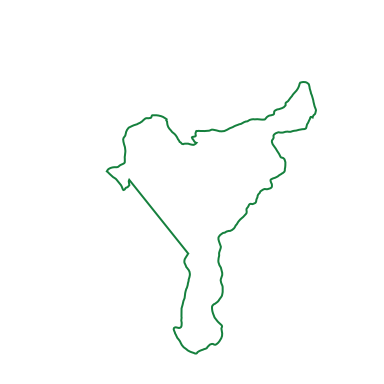 Melgaço, Pará, Brazil, rotated 294°
{"feature_id": "56859067B49216481916383", "entity_name": "Melgaço", "entity_type": "district", "adm_level": 2, "iso_a3": "BRA", "parent_name": "Brazil", "parent_adm1": "Pará", "projection": "natural_earth1", "projection_center": [-51.032, -1.536], "detail": "fine", "context": "isolated", "style": "outline", "palette": "green", "viewbox_px": 384, "rotation_deg": 294, "n_neighbors": 0, "source": "geoboundaries", "source_scale": "gbopen_adm2", "svg_char_len": 6084}
<svg xmlns="http://www.w3.org/2000/svg" viewBox="0 0 384 384"><g transform="rotate(294 192 192)"><path d="M335.9,246.4L334.5,246.3L332.9,246.6L330.8,246.7L329.3,246.6L327.1,246.2L322.9,244.8L321.7,244.5L320.2,244.3L317.9,243.6L314.1,242.8L311.9,241.5L311.3,241.4L310.3,241.7L309.5,242.2L309.0,242.2L306.8,241.4L305.2,240.1L303.0,237.7L302.3,236.6L301.7,235.9L301.1,235.5L300.6,235.0L299.6,234.5L298.9,234.4L296.9,235.1L296.3,235.1L295.5,234.6L295.1,234.0L294.5,233.4L294.1,232.8L293.2,231.5L292.2,230.7L290.8,229.9L288.3,229.2L287.8,228.9L287.3,228.0L287.1,227.5L286.7,226.8L285.1,222.1L283.8,219.6L283.4,218.3L282.4,216.7L281.2,215.3L279.4,214.1L278.9,213.6L278.3,212.5L277.0,211.2L274.2,209.1L273.8,208.6L273.0,207.5L272.6,207.2L270.2,204.7L268.9,203.6L267.9,202.9L265.5,200.5L263.3,198.9L260.8,196.7L259.5,194.4L258.9,193.0L258.7,192.4L258.2,189.2L257.4,185.6L257.0,184.7L256.6,184.3L255.3,183.1L254.9,182.6L254.0,180.9L252.8,178.7L251.1,174.7L250.4,172.9L249.9,172.2L249.7,171.5L249.3,171.1L247.1,171.3L246.5,171.6L244.9,172.6L244.0,172.2L243.6,171.6L243.1,171.0L242.5,170.0L241.9,169.7L241.1,170.4L240.6,171.1L240.5,171.7L240.1,172.1L239.2,173.4L238.7,174.6L238.6,175.3L238.7,176.1L237.8,175.8L237.1,175.4L235.9,174.5L235.6,174.0L235.2,172.8L234.8,170.8L234.6,168.9L234.3,168.2L233.7,166.8L233.1,165.6L232.7,165.0L232.2,164.6L232.0,164.0L231.9,163.4L232.1,162.7L232.4,162.1L232.7,161.3L232.7,160.4L233.7,159.2L234.6,157.6L236.0,156.0L236.3,155.4L236.6,155.0L237.0,154.4L237.6,153.2L238.0,152.2L238.7,149.5L239.0,148.9L239.7,147.6L240.6,145.6L241.6,144.0L243.1,142.5L243.9,141.9L245.2,141.1L246.3,140.5L246.9,139.4L248.1,139.3L248.4,137.9L248.8,135.0L248.7,132.9L248.2,130.2L247.6,128.2L246.2,125.0L245.9,124.5L245.4,124.3L243.5,124.4L243.0,124.2L242.6,123.7L242.3,123.2L241.6,122.1L241.1,120.7L240.3,119.6L239.8,119.3L238.0,118.4L235.8,117.5L235.3,117.1L234.1,116.4L232.6,115.0L232.1,114.7L231.5,114.2L229.4,111.8L228.1,110.6L225.0,108.0L222.4,107.4L221.1,107.4L219.8,107.4L219.2,107.6L216.4,108.1L215.8,108.0L213.7,107.5L212.1,107.7L209.9,109.0L209.3,109.5L208.1,110.4L205.7,112.5L203.7,113.7L202.3,114.5L200.9,115.0L197.7,116.0L196.6,116.3L194.8,117.2L192.8,118.1L191.8,118.5L190.8,118.4L189.3,117.3L188.6,116.6L187.3,115.5L186.4,115.0L185.1,114.4L184.4,113.7L183.8,112.7L183.0,110.8L182.0,109.2L180.8,107.8L179.7,106.9L178.8,106.3L177.8,106.0L176.2,105.8L176.0,106.8L175.0,109.4L173.6,113.6L173.4,114.4L173.4,115.0L173.0,117.1L172.6,118.0L169.3,124.5L168.1,125.9L166.7,127.3L166.3,127.8L165.9,128.5L166.6,129.3L167.1,129.5L168.7,129.8L169.2,130.1L169.7,130.7L170.5,131.3L172.7,132.0L176.0,129.9L176.9,129.7L177.6,129.7L134.2,213.6L133.5,213.4L132.8,213.4L129.6,212.9L127.5,212.7L126.2,213.0L124.9,213.5L124.1,214.1L123.1,215.3L121.8,216.7L121.2,217.2L120.7,218.3L120.4,218.8L119.3,220.8L118.6,221.6L118.2,222.1L116.6,223.2L115.4,223.8L113.2,224.3L110.6,224.6L109.6,225.0L108.5,225.2L107.0,225.4L105.3,225.9L102.5,226.3L101.2,226.2L98.9,226.5L96.9,226.9L94.7,227.6L92.0,228.4L89.0,228.5L85.0,229.3L81.4,229.8L73.8,233.1L73.0,233.6L70.2,234.5L68.3,235.8L66.0,236.7L65.1,236.9L64.2,236.9L63.4,236.5L62.7,235.8L62.4,235.2L61.8,232.2L61.2,231.4L60.4,230.9L59.5,231.0L59.0,231.2L58.1,232.0L56.5,233.7L56.0,234.0L54.9,235.5L54.2,236.2L53.6,237.0L52.9,237.7L51.9,239.7L51.0,241.3L50.5,242.0L49.6,243.0L48.1,244.9L46.8,247.5L46.0,251.2L45.6,252.3L45.4,254.5L45.4,256.2L45.7,259.2L45.7,260.6L46.2,261.6L46.7,262.0L47.9,262.2L49.7,263.4L51.4,265.0L52.3,266.0L53.4,267.0L54.3,268.1L55.2,268.9L56.2,269.2L56.8,269.2L59.8,270.4L60.3,270.8L61.3,272.0L61.7,273.0L61.6,274.4L62.0,275.5L62.8,276.2L64.8,277.2L67.0,277.8L68.1,277.9L70.2,278.2L72.7,278.0L75.1,277.1L79.2,274.4L79.9,274.3L80.7,274.3L81.5,274.1L82.1,273.6L82.4,273.1L83.7,269.2L84.3,267.8L86.5,263.7L89.7,260.5L91.5,259.0L93.3,257.9L95.2,257.0L96.2,256.9L96.8,257.0L98.3,257.6L99.3,258.5L102.2,260.1L103.9,260.6L104.4,260.6L108.1,261.4L108.9,261.5L109.6,261.5L111.1,261.2L113.1,260.7L116.9,259.0L117.9,258.5L118.8,257.8L119.9,256.6L121.0,255.5L123.0,254.1L124.2,253.8L128.4,253.4L130.4,252.5L134.7,249.1L136.3,246.8L137.0,246.2L138.5,244.8L139.7,244.1L142.4,243.2L144.9,242.7L147.2,241.6L148.3,241.4L151.7,241.1L152.9,240.9L153.8,240.6L157.8,236.8L159.4,235.5L160.9,234.8L161.5,234.7L162.4,234.8L164.1,235.2L166.6,236.6L167.3,237.1L168.2,238.5L169.9,239.6L171.3,241.3L172.0,242.7L173.7,244.1L175.9,245.2L177.8,245.5L179.2,245.5L180.5,246.0L183.7,246.4L186.4,247.2L189.0,248.4L190.0,248.9L194.2,250.3L194.7,250.4L195.6,250.2L196.2,250.0L197.7,249.1L198.4,248.8L199.1,248.7L201.4,249.3L203.3,249.3L203.8,249.4L204.3,249.6L204.8,250.0L205.1,250.5L205.5,252.1L206.1,252.8L207.3,253.9L207.8,254.3L208.7,254.5L209.6,254.4L211.4,253.9L213.9,253.9L215.2,253.5L216.3,253.5L217.0,253.6L218.6,254.2L219.9,254.2L220.5,254.3L222.9,255.8L223.9,256.7L224.3,257.2L224.9,259.1L225.2,259.7L227.1,261.9L228.1,262.6L228.8,262.8L229.4,262.8L230.9,262.2L231.9,261.5L232.4,260.8L234.0,259.3L234.6,259.0L235.2,258.9L235.7,259.1L237.2,260.3L238.9,262.2L241.1,264.0L242.9,264.9L244.8,266.3L245.3,266.5L246.3,267.3L248.0,268.1L249.2,268.1L251.0,267.4L252.4,267.1L254.4,266.4L257.2,265.2L259.4,263.3L259.7,262.8L260.1,261.6L260.1,261.0L259.8,259.4L260.1,258.6L262.2,256.1L264.4,252.7L265.7,250.9L267.1,248.5L268.4,246.3L270.0,244.8L270.7,244.4L271.7,244.1L273.5,244.5L274.7,244.5L275.2,244.3L276.4,243.6L276.8,243.5L277.7,243.6L278.2,243.8L279.4,244.4L279.9,244.8L281.4,246.3L281.8,246.8L282.1,248.2L282.6,249.5L283.3,250.9L285.0,252.9L286.0,254.6L286.4,256.0L287.1,257.6L288.5,259.1L289.4,260.3L290.5,262.2L292.3,264.4L292.7,265.0L294.2,267.2L295.2,269.1L296.0,269.9L296.5,270.2L297.2,270.2L300.6,269.6L302.3,269.9L305.2,269.9L306.4,270.0L307.9,269.8L308.8,269.9L309.1,270.4L309.0,271.2L309.1,271.9L309.8,271.7L310.5,271.8L311.0,271.8L311.7,271.9L313.1,272.6L314.2,272.6L316.9,272.1L317.7,271.6L320.2,269.1L323.8,266.3L324.9,265.6L326.3,264.5L329.0,262.2L330.7,260.4L331.3,260.1L334.6,257.3L335.5,256.8L337.5,255.3L338.0,254.8L338.5,253.0L338.6,252.1L338.5,251.0L337.7,248.8L336.9,247.6L335.9,246.4Z" fill="none" stroke="#15803d" stroke-width="2"/></g></svg>